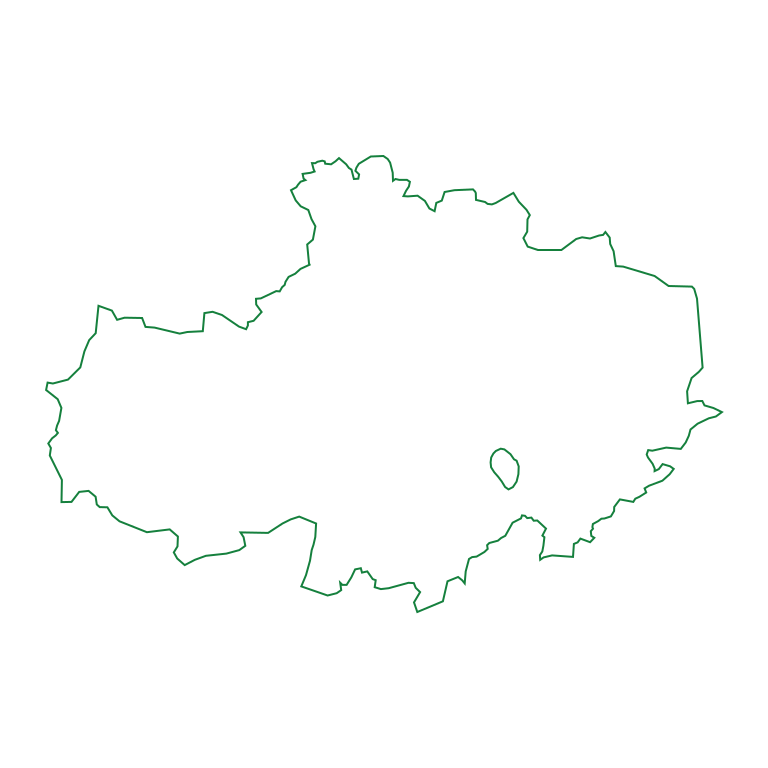 Aqmola, Albers equal-area conic projection
{"feature_id": "KAZ-3202", "entity_name": "Aqmola", "entity_type": "Region", "adm_level": 1, "iso_a3": "KAZ", "parent_name": "Kazakhstan", "parent_adm1": "", "projection": "albers", "projection_center": [70.159, 51.837], "detail": "fine", "context": "isolated", "style": "outline", "palette": "green", "viewbox_px": 768, "rotation_deg": 0, "n_neighbors": 0, "source": "natural_earth", "source_scale": "10m", "svg_char_len": 3807}
<svg xmlns="http://www.w3.org/2000/svg" viewBox="0 0 768 768"><path d="M52.9,383.5L68.0,379.6L80.3,367.4L84.4,351.4L89.2,340.1L95.7,333.2L98.5,305.8L111.9,310.6L117.1,319.8L124.6,317.7L142.1,318.0L145.5,326.9L154.6,327.6L179.7,333.6L187.3,332.0L202.8,331.2L204.4,313.1L212.6,311.8L222.0,315.0L239.0,326.6L246.1,329.2L247.9,325.5L247.9,322.2L253.6,320.8L261.6,312.0L256.2,304.5L256.0,298.8L260.8,298.4L276.2,291.1L279.7,291.4L282.1,287.2L284.7,284.9L285.5,281.8L288.6,276.9L295.2,273.7L300.5,268.9L309.6,264.7L309.0,263.4L307.2,244.5L312.9,239.6L315.4,226.3L311.5,219.1L308.3,210.0L300.7,206.3L295.7,200.4L291.0,190.2L296.4,187.2L298.1,184.6L300.6,181.7L305.4,180.1L303.6,178.6L302.6,173.9L310.5,172.8L314.6,171.5L313.6,169.3L312.0,163.1L315.3,163.2L317.4,161.8L322.3,160.7L324.7,161.4L325.2,163.7L331.1,164.3L335.5,161.3L339.0,158.1L346.2,164.3L348.9,168.0L351.5,169.6L353.9,179.0L358.3,178.7L359.1,174.4L355.4,170.8L356.4,167.7L358.8,163.8L370.8,156.5L383.4,156.0L387.7,159.0L390.1,162.6L392.7,172.7L393.0,180.8L395.5,179.0L399.4,179.9L407.0,179.9L409.9,181.8L408.9,186.5L406.0,190.9L403.5,196.1L407.9,196.4L417.6,195.7L424.9,200.9L429.4,208.5L434.6,211.2L436.3,202.9L441.8,200.6L444.6,192.0L454.4,190.2L473.0,189.4L475.1,191.6L475.8,193.1L476.0,199.9L485.1,202.0L487.6,203.9L491.9,204.4L495.7,203.0L513.4,192.9L518.8,201.7L526.5,209.8L529.8,215.1L527.5,219.4L527.2,231.7L523.4,238.1L527.7,246.6L537.9,250.0L561.4,250.0L576.2,239.0L582.1,237.3L590.0,238.5L599.1,235.5L603.1,234.9L605.4,232.0L609.7,237.6L610.2,244.0L613.6,251.2L615.8,266.1L623.2,266.6L654.6,276.0L668.6,286.0L691.9,286.6L694.2,288.9L697.0,298.6L702.6,367.6L698.9,371.8L691.6,378.0L687.1,391.3L687.9,403.3L697.1,401.1L702.3,401.0L704.5,405.4L713.4,408.0L721.9,412.1L715.9,416.5L708.8,418.3L697.6,423.7L690.5,429.5L688.8,435.8L685.7,442.5L680.8,448.9L666.2,447.6L652.3,450.7L648.2,450.1L646.7,454.5L648.0,457.5L652.6,463.8L654.7,468.6L654.6,471.1L658.8,469.1L662.6,464.1L670.1,466.3L673.7,468.9L669.7,474.2L662.4,480.7L649.1,485.7L644.6,488.4L646.2,492.5L639.4,496.8L635.3,498.7L633.3,501.9L619.9,499.4L614.2,507.0L614.1,511.0L610.9,516.4L604.4,518.5L601.4,518.7L598.2,521.1L592.9,524.0L592.4,527.1L593.0,528.7L590.8,531.2L591.3,535.9L594.3,537.8L590.1,542.2L580.4,538.6L577.6,542.4L573.9,543.9L573.0,556.9L552.1,555.4L543.6,557.4L540.2,559.8L539.9,555.1L542.3,551.5L543.4,545.7L544.4,537.2L542.4,535.6L546.0,528.6L537.3,520.5L533.7,520.7L531.4,517.6L527.2,518.1L525.0,515.8L522.0,515.4L521.0,518.4L512.6,522.7L505.3,535.8L501.1,538.0L497.9,540.7L489.3,543.0L487.1,545.2L487.7,548.9L484.4,552.0L476.6,556.6L472.1,557.1L469.0,559.0L465.7,571.4L464.7,583.4L462.2,580.3L458.1,577.0L447.5,581.3L442.9,601.3L417.3,612.0L414.0,602.4L420.1,592.1L415.7,587.8L413.8,583.1L408.5,582.8L388.7,588.2L380.9,589.1L374.7,587.2L375.7,580.2L372.7,579.1L367.3,571.4L362.0,572.6L360.8,568.2L355.1,569.4L351.3,577.4L346.6,584.9L342.4,584.9L340.2,582.7L341.2,590.1L336.7,593.2L327.6,595.5L301.3,586.4L306.0,575.1L310.0,560.7L311.7,550.1L313.5,544.7L315.3,537.0L316.1,523.5L299.2,516.6L290.7,519.4L282.5,523.5L268.1,532.9L240.5,532.4L243.6,537.2L245.3,545.8L239.3,550.1L226.4,553.6L205.9,555.8L194.9,559.8L184.7,565.1L177.2,558.5L173.8,552.4L177.5,546.4L177.9,536.5L169.7,529.4L146.9,532.2L119.5,521.3L112.3,515.4L107.4,507.3L99.7,507.1L96.8,504.5L95.6,496.7L88.6,490.9L79.2,491.9L71.5,501.9L61.5,502.1L61.9,479.9L49.8,455.5L50.9,448.0L48.3,443.5L52.1,438.3L55.8,435.4L57.9,432.9L55.9,430.2L57.1,425.5L59.1,420.9L61.4,407.9L57.7,399.2L46.1,390.0L47.6,382.6L52.9,383.5ZM508.5,489.4L512.9,487.1L516.6,481.6L518.4,474.2L518.7,466.4L516.6,460.7L514.0,459.3L510.5,454.2L504.4,449.4L500.7,448.7L495.8,451.0L493.4,453.5L491.2,457.5L490.6,462.4L491.1,467.3L494.2,472.2L498.2,476.8L501.7,481.4L505.1,487.0L508.5,489.4Z" fill="none" stroke="#15803d" stroke-width="2"/></svg>